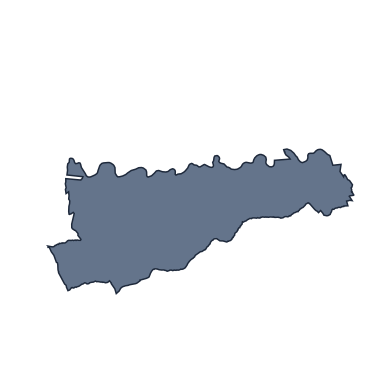 the district of Fartatesti, Vâlcea, Romania, rotated 251°
{"feature_id": "2599482B62213084984165", "entity_name": "Fartatesti", "entity_type": "district", "adm_level": 2, "iso_a3": "ROU", "parent_name": "Romania", "parent_adm1": "Vâlcea", "projection": "equal_earth", "projection_center": [23.968, 44.774], "detail": "fine", "context": "isolated", "style": "filled", "palette": "slate", "viewbox_px": 384, "rotation_deg": 251, "n_neighbors": 0, "source": "geoboundaries", "source_scale": "gbopen_adm2", "svg_char_len": 6028}
<svg xmlns="http://www.w3.org/2000/svg" viewBox="0 0 384 384"><g transform="rotate(251 192 192)"><path d="M146.6,346.1L151.5,344.7L153.1,343.2L156.7,342.7L158.6,342.1L158.6,341.6L158.0,341.5L158.3,341.2L158.2,340.5L157.3,340.2L163.2,338.6L169.6,341.9L171.4,333.9L181.6,334.2L183.4,332.4L187.2,330.4L189.7,328.6L190.6,327.2L191.0,325.3L191.0,324.3L190.4,322.3L189.4,320.6L189.1,319.3L190.2,316.1L190.2,314.7L189.1,313.5L186.6,312.7L184.8,311.4L184.0,309.5L183.8,306.1L184.5,305.0L185.4,304.2L187.9,303.1L190.7,302.8L192.4,301.9L195.5,301.0L199.2,298.9L201.7,295.8L202.2,292.5L199.7,292.4L199.4,292.9L198.4,292.5L196.4,292.9L193.4,294.9L191.2,295.5L195.1,280.3L191.8,279.0L190.5,278.0L189.9,277.0L189.9,275.2L190.8,273.3L193.5,271.6L194.8,271.3L196.1,271.5L198.5,272.8L200.9,273.1L203.3,271.7L204.9,269.7L205.4,268.4L205.4,266.8L205.1,265.0L203.8,262.4L202.1,260.7L200.5,259.7L200.0,258.9L200.1,257.0L202.3,253.2L202.6,252.0L202.4,250.2L201.8,248.8L200.0,246.9L199.4,245.4L198.8,242.3L199.3,239.7L200.8,236.6L202.4,235.6L203.5,234.5L204.2,233.2L208.1,231.4L209.8,228.7L210.9,227.7L212.3,227.3L214.4,228.9L215.9,229.1L218.0,228.1L218.4,227.1L218.6,225.2L217.5,224.1L214.5,222.6L213.3,221.2L210.4,221.0L209.6,220.7L208.8,219.7L208.8,218.8L209.4,217.5L210.3,216.3L213.9,212.9L214.0,212.2L213.1,207.9L213.6,206.6L215.7,205.2L217.0,202.7L218.6,201.7L219.2,200.8L219.0,198.9L218.5,198.0L216.1,195.8L214.1,192.4L213.4,190.7L212.8,187.7L213.5,184.5L213.2,182.7L213.4,182.2L214.3,181.9L216.8,182.9L218.1,183.0L219.6,182.2L220.3,181.1L220.2,178.6L219.2,176.2L219.4,173.8L220.8,170.6L223.2,167.5L223.5,165.5L223.4,164.9L222.1,162.7L220.5,159.1L220.4,155.5L221.0,154.7L222.2,154.5L225.7,155.6L227.8,155.6L230.5,153.8L231.6,152.2L232.3,149.5L231.9,146.2L232.1,141.6L231.0,137.4L230.1,135.1L229.7,131.6L230.0,128.4L230.5,126.8L231.8,126.1L234.8,125.5L240.1,127.1L242.4,126.8L243.6,126.3L245.6,124.8L246.7,123.5L247.2,122.2L248.3,117.8L248.4,116.1L247.5,114.1L246.7,113.2L242.8,110.1L241.2,109.1L240.3,107.9L239.7,105.7L239.3,101.3L239.4,100.3L240.1,98.5L241.7,97.4L244.1,97.1L251.2,95.4L254.5,95.7L255.9,95.5L256.5,94.4L256.4,92.7L256.7,91.2L258.0,90.6L260.4,90.7L261.8,90.4L262.8,89.6L263.4,88.2L263.4,87.4L263.1,86.9L260.0,85.5L259.1,83.7L256.2,82.2L253.0,81.4L248.8,79.3L242.0,93.8L240.4,92.6L240.0,91.3L239.5,90.8L245.7,77.0L242.7,76.0L241.0,74.9L237.0,74.4L235.7,73.2L231.5,72.4L232.4,75.4L228.5,74.5L225.4,73.1L224.0,73.5L223.1,73.4L220.7,72.4L218.6,71.0L213.8,69.1L211.0,68.5L210.7,68.8L210.9,69.7L210.6,70.2L211.4,73.0L210.0,73.6L200.8,67.8L197.4,66.7L196.0,67.0L195.1,67.9L194.2,68.3L193.5,69.3L189.9,70.7L188.0,70.0L183.8,71.5L183.2,71.5L182.6,70.8L183.2,69.1L184.1,67.6L183.9,66.6L184.6,66.0L184.7,64.2L185.3,63.5L185.6,61.6L185.9,61.3L186.5,59.4L186.3,58.2L185.7,57.3L185.2,55.6L185.3,54.7L185.8,53.6L185.6,53.1L186.2,52.6L186.0,51.3L186.7,49.8L185.9,48.8L186.4,48.1L186.2,46.8L185.9,46.2L186.1,45.4L185.8,45.2L185.8,44.6L185.3,43.6L185.6,42.1L187.8,38.1L187.2,38.3L186.5,37.9L186.1,38.9L185.7,39.1L181.3,39.5L177.1,40.8L169.7,40.9L168.9,41.7L166.8,41.4L162.1,40.0L160.6,39.8L159.9,40.0L159.4,39.6L158.8,39.6L146.4,41.6L145.2,42.4L144.3,42.6L143.0,42.3L139.1,42.6L139.2,44.5L140.8,46.9L140.5,47.2L140.5,48.1L140.0,48.3L139.7,49.1L140.1,50.1L140.1,50.9L139.6,51.5L139.8,52.1L139.7,54.4L140.4,57.0L140.7,57.6L140.5,58.9L141.1,61.0L140.6,61.8L139.3,62.8L139.0,64.1L139.0,64.8L139.5,65.6L139.3,67.9L138.9,69.4L139.2,71.7L138.1,72.8L138.0,73.8L136.3,76.8L136.3,77.6L135.6,78.2L135.5,79.1L134.3,80.7L134.0,82.9L134.9,85.1L132.0,86.1L131.7,85.8L125.6,87.5L120.6,87.3L122.1,90.9L124.2,93.2L125.0,95.4L125.0,98.6L124.5,101.2L124.6,102.8L123.7,109.0L123.8,110.4L125.0,114.1L125.6,114.1L125.2,120.8L125.4,122.9L125.7,123.8L128.7,126.3L130.3,128.1L131.3,129.7L131.5,130.6L131.2,131.0L131.5,131.8L131.3,132.4L130.4,134.2L129.3,135.5L128.1,137.9L127.4,140.1L126.6,141.0L126.4,141.7L125.2,142.7L125.1,144.6L125.3,145.6L124.9,147.0L123.9,148.3L124.1,148.9L123.8,149.4L123.9,150.0L123.1,151.4L123.2,152.3L122.6,153.4L122.4,154.8L122.7,156.3L122.2,157.2L122.1,158.9L122.6,161.0L124.9,164.0L125.7,164.5L126.5,165.9L127.0,166.4L128.4,169.0L129.1,171.7L129.4,172.0L129.8,173.3L131.0,174.4L132.8,180.4L132.5,182.1L133.2,184.7L133.0,185.3L133.4,185.7L133.4,186.3L134.9,188.0L135.4,188.8L135.4,189.4L136.9,191.6L137.1,192.3L137.7,192.5L138.9,193.7L139.7,195.3L139.6,196.1L140.0,196.4L140.4,197.4L140.4,198.2L139.8,200.2L136.7,202.5L135.7,205.3L133.5,208.4L133.4,209.0L133.8,209.8L133.5,210.5L133.7,210.8L133.6,212.7L134.4,214.4L135.1,214.7L135.4,215.6L135.8,215.8L135.7,216.2L136.6,217.1L137.3,218.3L138.4,218.7L139.1,219.3L139.9,221.6L141.0,222.6L141.2,223.2L141.7,223.2L142.7,224.5L142.9,224.8L142.7,225.5L144.2,226.7L144.1,227.1L144.8,227.8L145.1,228.7L147.4,230.0L146.8,230.7L147.1,232.1L147.1,234.0L147.8,235.5L147.8,236.4L148.2,238.1L147.4,239.7L147.8,240.3L147.4,242.1L146.2,244.7L146.4,245.8L145.9,246.2L145.3,247.6L145.5,248.1L145.3,248.5L145.7,249.0L145.4,249.8L145.5,250.6L144.6,252.2L144.5,253.3L144.0,253.8L144.0,254.7L143.3,255.7L142.9,257.9L141.9,260.3L142.1,260.7L141.3,261.4L141.4,261.8L140.9,262.4L140.1,265.3L139.5,266.0L139.2,266.8L138.4,267.4L138.0,269.7L138.5,271.6L138.2,273.0L137.5,274.1L137.3,274.8L137.5,276.0L137.9,276.3L137.3,277.5L138.2,278.7L138.5,280.3L139.0,281.1L139.0,283.2L139.3,284.6L138.9,286.0L139.5,286.4L139.8,287.5L140.6,288.4L140.7,289.3L141.1,290.2L141.3,292.0L142.7,294.8L143.4,295.4L144.0,298.3L142.7,299.2L142.8,299.4L135.6,302.3L134.0,303.2L133.1,304.1L131.3,304.9L132.6,307.6L129.3,308.8L127.1,309.2L125.6,311.8L125.4,313.1L125.8,315.3L127.3,316.6L127.8,317.3L129.6,318.6L130.0,319.2L129.4,320.5L129.9,321.5L130.0,322.8L129.6,324.1L129.8,324.7L129.7,326.0L128.9,327.5L129.4,328.9L129.0,329.8L129.3,330.5L128.9,330.9L129.2,331.4L128.2,334.9L133.1,335.2L132.8,337.1L132.8,338.4L131.7,340.6L136.8,339.3L137.0,340.0L136.3,343.5L136.5,344.0L139.6,343.3L139.6,343.5L140.0,343.5L139.9,342.9L140.2,342.8L142.2,343.7L144.1,343.8L144.6,344.8L146.6,346.1Z" fill="#64748b" stroke="#1e293b" stroke-width="1.5"/></g></svg>